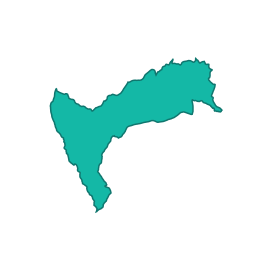 California, Santander, Colombia (Natural Earth projection), rotated 21°
{"feature_id": "7082276B83568043326279", "entity_name": "California", "entity_type": "district", "adm_level": 2, "iso_a3": "COL", "parent_name": "Colombia", "parent_adm1": "Santander", "projection": "natural_earth1", "projection_center": [-72.928, 7.347], "detail": "fine", "context": "isolated", "style": "filled", "palette": "teal", "viewbox_px": 256, "rotation_deg": 21, "n_neighbors": 0, "source": "geoboundaries", "source_scale": "gbopen_adm2", "svg_char_len": 5802}
<svg xmlns="http://www.w3.org/2000/svg" viewBox="0 0 256 256"><g transform="rotate(21 128 128)"><path d="M209.2,77.6L207.8,76.9L206.6,76.4L203.4,76.3L202.4,75.9L201.6,75.5L199.7,73.9L198.6,73.2L198.0,72.4L197.5,72.0L196.9,71.1L196.8,69.6L196.5,69.0L195.0,68.7L194.6,68.5L194.4,67.9L194.3,66.9L194.4,65.2L194.3,63.2L194.4,61.5L194.3,58.5L193.8,56.3L193.3,56.1L192.3,56.6L191.8,56.6L188.3,55.4L187.2,54.7L186.4,54.4L185.6,53.4L185.5,53.1L185.5,52.5L186.1,52.0L186.1,51.0L185.8,49.7L184.9,47.4L184.7,46.4L184.9,45.3L185.6,44.3L185.7,43.8L185.6,43.5L185.5,43.4L184.1,43.5L183.0,43.2L182.3,42.9L181.8,42.4L181.1,41.1L180.9,40.0L180.5,39.6L179.2,40.1L178.7,40.5L177.3,40.5L176.7,39.7L176.0,39.2L175.4,38.5L173.8,39.4L172.7,40.5L172.2,41.3L171.6,41.6L171.2,41.5L168.9,39.8L167.7,39.6L166.3,38.8L166.3,39.1L166.9,40.5L166.7,41.5L165.9,43.0L165.3,43.2L162.3,42.8L160.4,43.3L158.7,44.6L156.4,45.9L155.3,47.0L154.8,48.3L154.9,48.7L154.8,49.7L154.3,50.4L153.2,50.4L152.4,50.1L151.8,50.2L151.3,50.4L150.8,50.8L148.9,50.9L148.2,51.0L146.3,51.9L145.8,51.6L145.6,50.9L145.5,48.1L145.3,47.9L144.5,50.2L144.1,50.9L143.8,52.2L143.9,52.7L143.8,53.4L143.6,54.3L143.3,54.5L140.9,54.8L140.7,55.0L140.2,57.1L139.1,57.8L138.6,58.4L138.4,59.3L138.4,59.9L138.6,61.4L137.7,62.3L136.8,64.1L136.1,64.8L135.7,65.0L135.6,65.4L135.2,68.5L134.0,67.2L133.3,65.9L132.3,64.8L131.6,64.5L130.3,64.5L129.4,64.8L129.0,65.1L128.2,66.3L126.9,68.8L125.1,71.9L124.9,72.6L124.7,74.5L124.5,76.1L123.9,77.4L122.9,78.6L121.5,79.4L120.7,79.6L118.9,80.5L117.6,80.8L115.8,81.7L114.8,82.5L112.8,84.8L112.2,85.2L111.6,85.1L111.5,86.3L111.0,88.8L109.9,93.2L109.6,95.5L109.2,96.7L109.1,97.4L108.8,97.9L108.7,98.3L106.9,100.7L106.3,101.3L105.3,101.8L101.7,102.0L101.3,102.3L100.2,103.7L98.7,104.4L98.3,104.9L97.8,105.6L97.6,106.5L98.0,107.8L98.0,108.9L97.1,110.8L96.9,111.0L96.0,111.3L95.8,111.7L95.7,114.6L95.2,116.5L94.8,117.3L93.2,118.4L91.7,120.0L90.7,120.7L89.2,124.2L88.8,124.8L88.2,125.0L86.6,123.8L85.4,123.9L85.0,124.3L83.7,124.6L81.6,124.3L80.3,123.7L79.7,123.6L78.3,123.7L77.2,124.5L75.1,124.5L73.4,123.7L72.6,123.6L71.7,123.8L70.5,123.7L69.4,123.1L68.8,122.6L68.3,121.8L67.0,121.1L65.9,121.2L64.7,121.6L62.4,121.5L62.0,121.2L61.8,120.7L60.1,118.9L59.6,118.2L58.6,118.0L57.7,118.3L57.4,118.4L56.9,119.1L56.3,119.4L52.9,119.4L51.0,119.3L49.9,119.1L48.7,119.1L48.1,118.5L47.4,117.3L47.0,117.1L46.8,117.5L46.9,120.2L47.1,121.6L48.1,125.1L48.1,127.8L48.3,129.2L48.3,130.1L47.4,131.5L47.2,132.5L47.6,135.3L48.2,136.2L48.7,137.4L50.3,140.7L52.1,143.1L52.7,144.3L53.3,145.2L55.5,147.6L57.3,149.2L58.1,150.6L58.8,151.3L59.4,152.3L60.2,153.4L61.4,154.4L62.2,155.7L62.8,156.2L63.5,156.7L64.8,157.0L66.7,157.9L67.8,158.7L68.6,159.6L69.4,160.1L69.8,160.3L71.0,160.3L71.4,160.5L71.7,161.5L72.8,162.4L73.0,163.8L73.6,164.3L74.0,164.3L74.3,164.6L74.7,165.5L75.5,166.7L75.5,168.0L75.4,169.1L75.6,169.6L75.9,169.9L78.3,170.8L78.4,171.0L78.7,172.2L79.0,172.6L79.5,172.9L79.7,173.8L80.4,174.1L81.0,174.1L81.2,174.3L83.2,177.2L83.8,178.3L84.3,178.9L84.4,179.3L85.1,180.1L85.5,180.4L86.4,180.5L87.4,181.1L88.9,181.4L89.2,181.6L90.6,182.0L90.8,182.0L91.1,181.5L91.1,181.0L91.3,180.7L92.1,180.6L92.8,180.8L94.1,181.8L94.8,182.6L95.7,184.0L95.9,185.3L96.4,186.0L97.2,186.4L98.7,186.5L99.4,187.0L99.7,188.5L100.4,190.2L100.7,190.9L101.6,191.7L102.5,192.2L103.3,192.9L103.9,193.6L104.1,194.2L105.2,195.4L105.5,196.2L105.8,196.3L107.5,196.5L108.8,197.0L110.3,197.3L110.9,198.0L111.2,199.2L112.1,200.6L113.2,201.8L115.1,202.8L115.9,203.9L116.7,204.1L117.9,204.1L118.3,204.2L118.6,204.6L119.0,204.6L120.4,206.7L122.9,208.3L123.0,209.6L123.3,210.4L123.7,211.2L123.8,212.1L124.1,212.4L124.9,212.6L126.1,213.0L127.3,214.0L127.8,214.1L128.0,214.4L128.4,216.4L128.4,217.5L128.8,217.1L128.8,216.9L129.4,215.6L130.3,214.3L131.7,213.1L132.0,212.2L132.5,211.8L132.9,211.2L132.8,209.6L132.3,208.5L132.4,207.9L132.6,207.5L132.7,206.5L133.0,206.0L133.5,204.6L133.9,204.0L133.8,202.9L133.7,201.9L134.0,200.4L134.2,197.6L134.4,196.8L134.7,196.3L135.4,194.8L135.2,194.4L134.2,192.9L132.9,191.6L132.1,191.0L131.7,190.8L127.9,190.9L127.4,190.6L127.3,190.4L127.5,190.2L128.3,189.4L128.5,189.0L128.5,188.6L128.0,188.3L127.2,187.3L126.9,187.0L124.6,186.1L124.1,185.6L121.7,184.0L120.5,182.9L118.6,181.8L117.7,181.0L115.6,179.8L115.3,179.4L115.4,177.6L115.0,176.5L114.6,174.5L114.4,173.9L114.4,173.0L114.7,171.6L115.4,170.7L115.5,169.5L115.0,167.9L114.6,165.6L114.3,165.0L114.1,163.9L113.2,162.8L113.1,161.5L113.3,159.8L113.5,159.6L113.7,159.0L114.0,158.5L114.1,157.3L114.0,157.1L114.2,156.2L115.3,153.3L115.3,152.1L115.2,151.1L115.2,150.2L116.5,146.4L116.0,144.4L116.0,143.1L116.2,142.3L116.7,141.1L116.8,140.9L117.3,140.9L118.0,140.2L118.4,140.6L118.8,140.7L120.7,140.3L121.8,140.4L122.6,140.8L123.8,139.5L124.7,138.8L125.3,137.3L125.3,136.0L125.9,134.9L126.1,134.3L126.3,133.2L126.5,132.7L126.6,132.1L126.6,130.2L126.7,129.7L126.8,128.2L127.0,127.5L127.6,126.6L128.4,125.8L130.3,124.5L132.4,122.7L134.4,121.4L135.9,120.6L136.5,120.1L137.4,119.7L140.9,117.1L145.1,114.6L147.3,112.7L148.9,112.0L150.7,111.9L152.9,112.1L153.9,111.9L155.2,111.1L158.0,109.6L157.9,109.6L158.7,109.2L161.7,106.6L162.2,105.9L165.0,103.9L165.8,103.0L167.2,101.8L169.6,98.4L171.6,94.7L174.2,93.0L175.4,92.9L182.1,92.7L183.0,92.2L182.7,89.2L182.5,88.7L181.4,85.8L180.7,84.1L179.4,81.8L178.3,80.2L178.0,79.2L178.0,78.7L180.0,78.8L180.3,78.7L180.8,78.3L181.3,78.1L183.0,78.2L183.8,78.1L185.4,77.5L185.9,76.8L186.5,76.3L187.5,76.2L188.2,76.5L188.7,76.9L189.2,77.2L192.3,77.0L193.3,77.3L195.9,77.3L197.2,77.6L197.6,78.1L198.3,78.3L199.2,78.8L199.5,78.8L200.0,79.2L200.4,79.2L200.7,78.7L201.0,78.7L201.6,79.2L202.0,79.7L202.3,80.7L202.8,81.1L204.0,80.6L205.1,80.7L205.6,80.5L205.8,80.2L206.3,80.1L207.2,80.3L207.5,80.0L208.6,79.8L209.0,79.1L209.0,77.8L209.2,77.6Z" fill="#14b8a6" stroke="#0f766e" stroke-width="1.5"/></g></svg>